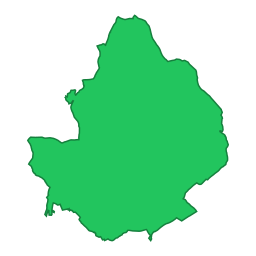 outline of Iclanzel, Mures, Romania
{"feature_id": "2599482B66807271844758", "entity_name": "Iclanzel", "entity_type": "district", "adm_level": 2, "iso_a3": "ROU", "parent_name": "Romania", "parent_adm1": "Mures", "projection": "albers", "projection_center": [24.269, 46.544], "detail": "fine", "context": "isolated", "style": "filled", "palette": "green", "viewbox_px": 256, "rotation_deg": 0, "n_neighbors": 0, "source": "geoboundaries", "source_scale": "gbopen_adm2", "svg_char_len": 5713}
<svg xmlns="http://www.w3.org/2000/svg" viewBox="0 0 256 256"><path d="M196.6,211.5L196.3,211.2L196.0,210.4L193.9,208.1L190.7,205.7L189.5,204.3L188.4,203.4L187.2,202.7L186.0,200.7L185.4,199.9L185.1,199.6L183.2,198.8L184.3,197.0L185.3,193.3L185.5,192.8L187.9,190.5L188.2,189.9L190.3,188.2L193.3,185.4L196.7,182.9L198.9,184.2L199.6,184.4L200.9,184.3L201.5,183.9L202.1,183.4L206.0,179.3L207.4,179.8L207.7,179.7L208.7,178.5L210.9,176.6L213.6,174.6L214.8,173.5L218.0,171.2L219.2,170.0L220.4,168.5L221.0,167.9L221.8,167.4L222.3,166.9L223.2,166.6L224.0,165.8L225.7,164.6L225.9,164.2L226.1,162.7L226.5,162.0L227.5,160.5L227.6,159.1L227.5,157.0L227.0,154.9L226.7,152.7L226.3,151.6L226.1,150.1L226.1,149.5L226.2,148.3L227.5,146.6L228.1,145.2L228.2,144.7L228.2,144.4L227.6,143.0L227.2,141.2L226.4,140.1L226.0,137.3L225.7,136.8L225.1,136.2L225.1,135.5L224.8,135.1L223.9,134.3L221.9,133.1L221.3,132.5L220.4,131.9L220.0,131.6L219.9,131.1L220.0,130.9L220.4,130.8L221.1,131.1L221.7,131.6L222.2,131.6L222.4,131.4L222.7,130.8L223.0,129.7L222.7,126.5L222.1,124.7L221.7,124.2L221.6,123.6L221.7,122.9L221.7,121.9L221.9,120.5L221.9,119.6L222.0,119.1L222.4,118.5L222.4,118.2L222.2,117.4L221.8,116.4L221.0,115.3L220.9,115.1L221.4,114.5L221.9,113.0L222.2,112.7L222.2,112.2L221.2,109.8L221.2,109.4L216.5,104.1L213.1,100.2L211.2,98.1L209.9,96.4L209.2,95.7L207.6,94.5L204.0,91.1L202.0,89.9L201.2,89.2L200.1,87.9L198.5,85.3L197.7,82.7L197.2,79.9L197.2,79.2L197.5,78.2L197.5,77.7L196.7,75.0L196.4,71.8L195.8,70.1L189.5,64.3L188.1,62.2L184.6,60.4L183.9,60.5L183.0,60.8L182.3,60.9L181.6,60.6L180.6,59.9L179.9,59.6L179.3,59.4L176.4,59.1L174.6,60.1L172.1,60.5L167.9,61.5L167.7,61.4L166.0,59.5L165.4,59.2L164.6,58.4L163.0,56.5L162.1,55.1L161.0,52.7L160.0,49.8L159.2,48.2L157.4,45.6L156.5,44.7L156.2,44.0L155.9,43.7L155.3,42.5L154.9,42.0L152.8,38.9L152.0,37.0L151.0,33.2L150.2,29.6L149.1,26.2L148.7,25.6L147.0,23.7L146.6,23.2L146.4,22.5L145.2,21.0L144.3,20.5L141.8,19.4L138.3,18.4L135.5,15.9L134.6,15.4L133.1,17.4L133.1,18.6L129.6,18.5L125.5,19.5L124.8,19.5L123.5,19.2L120.6,18.2L118.2,16.8L117.1,17.9L116.4,19.4L116.0,21.7L115.8,22.2L115.2,23.2L113.9,24.7L110.4,31.5L110.4,32.0L110.1,32.0L109.2,34.2L108.7,35.9L108.8,36.1L108.1,38.6L107.5,40.3L105.9,44.0L105.6,45.2L105.4,45.3L105.3,45.1L104.8,44.4L104.3,44.1L103.6,43.9L103.0,43.9L102.6,44.0L101.5,44.8L99.9,45.0L98.2,45.7L97.1,45.9L97.1,46.0L97.5,46.8L98.4,48.7L99.6,50.7L100.0,52.0L100.1,53.6L100.0,55.9L99.9,56.2L99.1,57.5L98.4,59.2L98.1,60.9L98.0,61.7L98.1,62.6L99.1,67.3L99.4,67.6L99.4,67.9L99.1,68.6L97.1,71.8L96.6,72.4L95.7,74.4L95.1,75.3L94.9,76.3L94.6,76.9L94.1,77.8L93.2,78.9L90.1,79.5L87.9,79.7L84.1,79.8L83.4,79.9L82.5,80.3L83.0,81.8L83.4,82.7L83.3,84.1L83.6,84.5L83.8,85.8L84.1,85.9L83.9,86.9L83.6,87.3L83.4,88.1L81.4,89.6L80.6,89.9L79.5,90.6L78.7,92.2L77.7,92.7L76.9,93.5L76.4,94.6L75.5,95.0L74.9,93.1L75.6,90.7L75.4,90.1L74.4,89.9L73.1,90.3L71.1,90.3L70.7,91.0L70.4,92.0L69.8,92.8L68.9,93.2L68.1,93.5L67.6,93.9L67.4,95.8L67.3,96.8L66.0,96.2L66.1,96.6L65.2,97.5L65.6,97.9L65.8,98.5L65.9,99.7L66.2,100.2L68.8,102.6L68.8,102.9L68.9,103.8L71.2,103.1L72.8,100.9L73.0,100.7L73.3,100.9L71.8,104.2L71.0,106.6L70.9,107.3L71.1,108.6L71.8,110.8L72.9,113.0L74.3,117.2L77.9,121.5L78.8,123.9L78.8,126.1L79.5,127.8L79.4,133.3L79.1,134.4L78.8,137.7L78.9,138.9L78.8,139.7L77.9,139.6L74.3,140.0L71.4,139.9L70.4,140.0L65.7,141.7L64.7,141.9L62.5,142.9L61.3,142.8L58.0,140.4L55.8,139.3L53.5,138.4L50.8,137.9L49.9,137.8L45.1,138.2L44.2,138.0L42.0,137.2L35.5,137.4L30.6,137.2L29.3,138.4L28.4,139.5L28.2,139.9L27.8,140.3L28.3,141.4L30.1,144.0L31.2,146.7L31.3,147.8L31.7,148.9L31.8,149.6L32.1,150.8L32.7,151.6L32.8,152.2L33.0,152.5L33.1,153.5L32.7,157.7L32.5,158.3L29.5,162.6L28.7,164.1L31.1,166.1L31.5,166.6L32.0,168.2L32.5,169.0L32.6,169.6L32.6,170.7L32.8,171.2L33.8,172.9L35.1,173.7L35.2,173.9L35.3,174.5L35.5,174.9L37.0,175.7L38.3,175.9L38.8,176.1L39.7,176.7L41.7,177.7L44.1,179.7L44.6,180.3L45.2,181.8L45.6,182.0L46.4,183.6L46.9,184.1L47.1,184.7L47.2,184.9L49.0,186.5L50.0,187.3L49.0,189.5L48.4,191.8L48.1,194.4L48.2,194.6L48.6,195.0L46.7,197.5L47.3,198.3L48.0,199.5L47.7,201.9L47.0,204.3L46.8,205.6L46.9,207.8L46.7,209.4L46.0,211.1L44.9,214.5L46.4,216.1L47.2,213.1L48.2,210.4L49.0,210.9L48.7,211.9L48.9,213.0L49.1,215.1L51.4,215.2L51.5,214.6L51.9,214.5L51.9,211.4L54.1,212.5L54.3,211.5L51.9,209.9L52.8,204.4L53.3,202.9L55.2,203.5L56.8,204.4L57.2,204.8L57.6,205.0L58.6,204.9L60.1,204.3L62.5,210.1L67.7,209.0L67.9,209.6L68.2,209.9L68.4,209.6L68.4,209.4L69.1,208.7L69.7,210.7L70.5,209.9L71.5,210.5L71.8,210.4L72.1,210.5L72.2,210.8L72.7,211.3L72.8,211.2L73.3,211.9L73.5,212.3L75.4,212.2L79.1,215.9L80.3,217.4L80.0,217.9L79.2,219.1L79.1,219.4L79.5,219.9L79.6,220.6L80.6,221.4L81.3,222.9L82.3,223.7L84.3,225.7L86.6,227.7L87.3,228.7L87.8,229.1L88.6,230.2L89.0,230.4L89.1,230.6L89.4,230.8L92.7,231.6L93.2,232.1L93.5,232.4L94.1,232.5L94.6,232.2L94.8,232.4L94.7,232.8L94.9,233.0L95.2,233.3L95.5,233.2L95.7,233.3L95.7,234.1L95.6,234.4L95.9,235.5L96.1,235.8L99.1,237.2L100.6,236.7L102.6,239.9L104.2,239.3L104.6,240.5L106.5,239.7L107.7,239.0L108.0,238.9L109.5,240.0L111.5,240.6L112.6,240.6L114.0,239.8L114.8,239.1L115.1,238.7L116.2,238.0L117.5,237.8L118.9,236.5L119.9,236.1L119.9,235.9L120.1,235.7L122.1,234.8L122.6,233.7L124.2,232.8L126.0,232.5L127.0,231.6L127.7,230.4L128.9,230.3L132.8,230.9L139.3,231.2L141.0,231.0L146.3,229.5L147.2,230.5L147.4,231.2L148.7,233.4L149.4,234.4L150.6,235.4L148.8,238.2L150.7,240.6L151.6,238.9L151.2,238.3L151.7,234.6L153.0,232.6L153.9,231.7L154.6,231.5L154.8,231.7L157.4,230.2L160.6,227.4L163.4,225.3L165.9,223.8L167.9,223.2L169.7,222.5L172.6,220.9L175.3,219.0L176.5,217.8L181.7,220.9L188.7,216.3L189.6,215.9L196.6,211.5Z" fill="#22c55e" stroke="#15803d" stroke-width="1.5"/></svg>